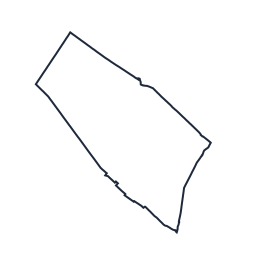 Boekel, Noord-Brabant, Netherlands, rotated 226°
{"feature_id": "6326949B38517074221522", "entity_name": "Boekel", "entity_type": "district", "adm_level": 2, "iso_a3": "NLD", "parent_name": "Netherlands", "parent_adm1": "Noord-Brabant", "projection": "natural_earth1", "projection_center": [5.678, 51.606], "detail": "fine", "context": "isolated", "style": "outline", "palette": "slate", "viewbox_px": 256, "rotation_deg": 226, "n_neighbors": 0, "source": "geoboundaries", "source_scale": "gbopen_adm2", "svg_char_len": 4414}
<svg xmlns="http://www.w3.org/2000/svg" viewBox="0 0 256 256"><g transform="rotate(226 128 128)"><path d="M59.9,177.3L60.2,177.3L60.7,177.3L61.2,177.2L63.3,177.0L68.4,176.3L69.7,176.1L69.8,175.9L70.0,175.8L70.4,175.6L70.7,175.7L71.0,175.7L71.9,175.5L72.5,175.5L72.7,175.8L73.8,176.0L74.5,176.0L74.8,176.1L75.0,176.1L75.7,176.1L76.6,176.1L78.8,176.0L79.3,176.0L79.9,176.0L81.5,175.9L82.9,175.9L84.7,175.8L85.6,175.8L85.8,175.7L86.2,175.8L86.3,175.8L87.8,175.7L88.1,175.6L90.3,175.6L91.7,175.5L94.3,175.4L95.6,175.4L98.7,175.2L100.1,175.2L101.4,175.1L102.6,175.1L105.0,175.0L106.8,174.9L107.0,174.9L107.6,174.8L109.3,174.6L109.6,174.6L109.9,174.6L110.7,174.5L111.7,174.4L112.1,174.4L112.5,174.4L113.1,174.5L113.5,174.5L113.9,174.5L114.4,174.5L115.5,174.5L116.6,174.4L116.9,174.4L117.0,174.4L118.2,174.3L119.4,174.3L120.5,174.2L121.7,174.1L122.9,174.1L124.0,174.0L125.7,173.9L126.3,173.9L127.0,173.8L129.8,173.8L131.0,173.8L132.2,173.7L132.6,173.7L133.1,173.7L138.3,173.6L139.2,173.6L142.8,172.1L143.9,171.5L144.2,171.4L144.9,171.1L146.1,170.0L147.1,169.2L147.5,168.9L147.5,169.0L149.2,167.9L149.6,167.7L150.1,167.5L150.4,167.4L151.8,168.6L152.1,168.9L152.5,169.1L152.7,169.3L152.8,169.3L153.0,169.4L153.3,169.5L153.5,169.6L153.9,169.8L154.1,169.9L154.3,170.0L154.7,170.2L154.9,170.4L155.2,170.6L155.3,170.6L155.7,170.5L156.2,170.1L156.4,170.0L155.7,169.1L157.1,168.8L157.9,168.7L158.3,168.5L158.3,168.4L159.6,168.1L160.4,168.0L160.5,168.0L161.1,167.9L164.8,167.0L167.1,166.5L168.0,166.3L170.2,165.8L172.2,165.4L175.5,164.6L177.9,164.1L180.6,163.4L181.8,163.1L188.6,161.6L188.9,161.6L190.4,161.3L194.7,160.3L196.5,160.0L201.0,159.2L204.2,158.6L206.6,158.2L206.8,158.2L207.9,158.0L210.2,157.5L212.4,157.2L214.0,156.9L215.5,156.6L218.1,156.2L223.5,155.2L225.4,154.9L228.1,154.4L230.0,154.1L234.3,153.3L235.6,153.1L236.9,152.9L236.7,151.9L236.4,150.9L236.2,149.9L235.8,148.4L235.6,147.1L234.3,141.5L233.4,137.3L233.3,136.9L232.1,131.5L231.1,127.1L230.0,121.8L229.0,117.3L228.2,113.8L228.2,113.5L227.3,109.7L226.5,105.7L225.6,101.7L223.6,92.5L223.5,92.1L219.2,92.2L214.3,92.3L213.7,92.4L213.2,92.4L212.0,92.4L206.3,92.5L206.1,92.5L202.7,92.0L200.8,91.8L193.5,90.8L185.9,89.8L180.6,89.0L175.2,88.3L170.9,87.7L168.4,87.4L164.9,86.9L158.3,86.0L156.8,85.8L154.0,85.5L149.7,84.9L139.1,83.4L136.1,83.0L128.3,82.0L126.8,81.8L118.2,80.6L117.7,80.7L117.4,80.7L117.0,80.7L116.9,80.7L116.3,80.7L113.5,81.0L111.8,81.1L110.2,81.3L110.0,80.1L109.7,78.7L107.5,80.0L107.4,80.1L103.3,80.3L101.9,80.4L97.8,80.6L97.8,81.4L97.9,82.1L95.2,82.3L95.2,82.2L95.0,79.4L93.8,79.5L93.1,79.5L88.7,79.7L86.6,79.8L85.7,79.9L84.9,80.0L82.8,80.2L82.5,80.2L82.3,80.2L82.2,79.5L82.1,79.1L82.0,78.8L75.7,80.0L71.1,80.9L71.3,81.5L71.1,81.7L70.0,81.9L69.1,82.1L67.3,82.5L66.7,82.7L65.6,82.9L64.6,83.1L63.5,83.4L63.3,83.4L62.2,83.6L61.2,83.6L60.1,83.7L59.9,83.7L59.8,84.2L59.8,84.7L59.7,85.4L59.6,85.6L59.3,85.7L58.3,85.8L57.1,85.8L55.9,85.8L54.4,85.8L52.9,85.9L52.7,85.9L51.2,85.9L49.9,85.9L48.0,85.9L47.1,85.9L46.5,85.9L46.4,85.9L46.1,85.9L45.7,86.0L44.6,86.2L44.3,86.3L42.8,86.4L42.6,86.4L42.2,86.4L41.9,86.4L41.0,86.4L40.0,86.4L39.7,86.4L39.3,86.4L38.1,86.4L37.0,86.5L35.8,86.5L35.0,86.5L34.2,86.5L33.9,86.5L33.6,86.5L32.9,86.7L32.2,86.8L31.8,87.0L30.8,87.7L30.5,87.9L29.3,88.2L28.3,88.5L27.2,88.8L26.0,89.0L25.2,89.2L24.9,89.3L23.6,89.7L23.4,89.8L23.2,89.9L22.3,90.5L21.5,91.1L20.8,90.6L20.7,90.6L19.8,90.5L19.5,90.5L19.3,90.6L19.1,90.6L19.2,90.8L19.8,91.9L20.3,92.7L20.5,93.0L20.8,93.4L21.1,93.8L22.0,94.6L22.3,94.9L22.4,95.1L22.5,95.4L22.8,95.9L22.9,96.2L23.2,96.9L23.4,97.3L23.7,97.7L24.5,99.0L24.7,99.5L24.8,99.5L25.0,99.6L25.3,99.5L25.9,100.3L26.4,101.1L29.3,105.4L30.8,107.5L31.9,108.9L36.2,114.3L43.8,124.0L45.4,126.0L46.0,126.8L46.1,127.0L46.4,128.0L46.8,129.0L48.4,133.8L49.2,136.1L49.5,137.0L49.6,137.5L49.9,138.2L50.0,138.4L50.1,138.8L50.4,139.7L51.2,142.0L51.7,143.3L52.7,146.3L53.5,148.6L55.3,153.5L55.5,154.6L55.8,156.5L55.9,157.0L56.7,161.1L57.1,162.2L57.1,162.6L57.1,162.8L56.9,162.8L57.0,163.1L57.4,163.8L57.5,164.2L57.6,164.3L58.0,165.1L58.3,165.7L58.5,166.0L58.6,166.3L58.7,166.6L58.8,166.9L58.8,167.2L58.9,167.4L58.9,167.6L58.8,167.8L58.8,168.2L58.8,168.5L58.7,168.8L58.7,169.2L58.6,169.5L58.6,169.9L58.5,170.3L58.4,171.1L58.3,171.4L58.3,171.8L58.3,172.1L58.3,172.3L58.3,172.5L58.5,172.9L58.6,173.3L58.8,173.9L59.0,174.4L59.2,175.0L59.4,175.7L59.6,176.2L59.7,176.7L59.9,177.3Z" fill="none" stroke="#1e293b" stroke-width="2"/></g></svg>